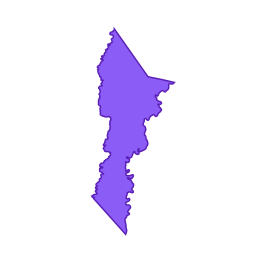 the district of Puerto Leguízamo, Putumayo, Colombia, rotated 66°
{"feature_id": "7082276B4639527364844", "entity_name": "Puerto Leguízamo", "entity_type": "district", "adm_level": 2, "iso_a3": "COL", "parent_name": "Colombia", "parent_adm1": "Putumayo", "projection": "robinson", "projection_center": [-74.996, 0.082], "detail": "fine", "context": "isolated", "style": "filled", "palette": "violet", "viewbox_px": 256, "rotation_deg": 66, "n_neighbors": 0, "source": "geoboundaries", "source_scale": "gbopen_adm2", "svg_char_len": 5947}
<svg xmlns="http://www.w3.org/2000/svg" viewBox="0 0 256 256"><g transform="rotate(66 128 128)"><path d="M224.2,173.4L222.4,171.7L220.8,170.7L219.1,170.5L215.5,169.3L211.1,168.3L210.3,167.9L209.6,167.3L208.9,165.7L207.7,164.7L207.5,163.7L207.6,162.4L207.2,161.7L206.5,161.5L205.1,162.3L204.4,162.3L204.1,162.2L202.1,158.6L201.6,158.0L200.2,157.7L199.0,158.2L198.5,158.8L197.7,160.6L196.9,160.9L196.0,160.8L195.2,160.2L195.0,157.2L194.7,156.1L194.2,155.6L193.5,155.4L192.8,155.6L192.5,157.4L192.1,158.0L191.4,158.2L190.8,157.9L189.6,157.1L187.6,155.2L187.0,155.0L186.8,154.7L186.9,152.4L188.5,151.1L188.9,150.4L188.7,149.2L187.7,148.9L186.5,149.5L185.6,149.7L185.0,149.1L183.9,147.3L183.3,146.7L182.4,146.1L181.2,145.8L180.0,146.3L177.4,146.5L176.2,147.1L175.1,148.2L174.1,148.8L173.7,148.9L173.4,148.6L173.6,147.9L175.3,146.4L175.6,145.8L175.6,145.0L175.2,144.1L174.5,143.1L173.7,142.5L173.0,142.4L172.5,143.0L172.2,145.8L171.3,148.1L170.5,148.8L169.4,148.7L168.8,148.4L168.5,147.7L168.6,145.5L168.2,144.7L167.6,144.1L166.6,144.1L166.3,144.7L166.3,145.4L167.2,146.7L167.0,147.4L166.5,147.6L165.5,147.0L162.6,146.3L160.9,145.0L158.2,144.1L158.0,143.7L159.0,143.0L159.3,142.5L159.5,141.6L159.4,141.0L158.9,140.4L158.2,139.9L157.1,139.4L156.8,139.4L154.9,141.4L154.4,141.4L154.0,141.0L154.0,140.4L154.3,140.1L155.2,139.7L155.7,139.3L156.1,138.3L156.1,136.8L154.4,134.8L152.9,133.5L152.2,132.3L152.1,131.8L152.3,131.5L153.8,131.7L154.6,131.4L155.9,130.3L156.1,128.8L155.9,128.4L154.9,127.9L153.2,128.3L152.6,128.2L151.7,127.5L151.3,126.7L151.5,126.5L151.9,126.5L152.7,127.2L153.2,127.4L154.1,127.0L154.5,126.3L154.7,124.6L154.5,123.2L154.5,121.5L154.1,120.1L152.2,118.3L151.8,117.4L151.1,116.7L149.4,115.9L146.8,115.6L146.1,116.0L145.6,116.0L142.8,115.2L141.8,115.3L141.4,115.6L140.7,115.6L139.0,114.7L137.4,113.0L136.3,112.2L134.4,111.9L133.4,112.0L132.2,112.7L130.8,112.8L130.1,112.4L128.5,110.5L127.1,109.9L126.5,109.1L126.5,108.2L126.9,107.7L128.6,107.2L129.0,106.6L129.1,106.0L128.7,105.3L127.4,104.2L126.8,103.4L126.4,102.3L126.3,100.9L126.0,99.5L126.1,99.2L126.5,98.7L128.1,98.4L128.7,97.9L128.8,97.1L128.6,96.1L126.9,94.3L126.3,92.0L125.8,91.0L125.3,90.3L124.6,89.9L124.3,89.9L123.6,90.3L122.5,90.4L121.4,90.7L120.2,90.7L119.0,91.0L118.6,90.9L118.5,90.5L119.3,89.6L119.5,88.6L119.4,87.8L119.0,87.3L118.0,87.2L117.4,87.5L117.0,87.8L115.5,89.6L114.4,90.2L114.0,90.3L112.7,89.7L112.2,89.7L111.0,90.4L110.5,90.4L109.9,90.1L109.2,89.6L109.1,89.3L109.3,88.9L110.6,88.6L110.8,88.3L110.8,88.0L110.5,87.3L109.6,86.5L108.6,85.1L108.1,83.7L107.7,81.7L108.0,80.9L109.6,80.1L110.1,79.4L110.1,78.8L109.7,78.3L109.0,75.7L108.1,74.6L105.8,73.5L104.8,73.1L104.3,72.6L104.3,71.9L105.4,70.7L105.9,69.2L105.8,68.3L105.2,67.1L97.5,77.4L89.3,88.9L31.8,100.2L32.7,100.7L33.1,101.3L33.8,103.5L33.5,104.6L33.6,105.3L34.4,106.1L35.1,106.3L35.7,106.0L36.4,104.7L36.9,104.2L37.5,104.0L38.5,104.2L39.3,104.7L39.6,105.5L39.7,106.2L40.1,107.1L40.7,107.2L41.5,107.1L43.1,107.6L43.6,108.3L43.6,108.9L43.3,109.4L43.9,110.6L44.2,110.9L45.0,110.9L45.2,111.3L45.0,111.5L43.6,111.3L43.4,111.4L43.3,112.0L43.5,112.4L44.1,112.4L44.6,112.8L46.5,113.2L46.7,113.4L47.2,114.5L47.8,114.9L47.4,115.2L47.2,115.8L47.7,116.8L48.9,116.9L49.3,117.2L49.7,117.6L49.8,118.6L50.0,118.9L51.2,120.0L52.0,120.2L52.2,120.5L52.3,121.2L51.6,122.1L51.7,122.9L52.2,123.0L53.2,122.4L53.6,122.6L53.8,123.1L53.6,124.4L54.1,124.7L54.6,124.6L54.9,124.2L55.0,123.7L55.5,123.1L56.1,123.3L56.8,125.9L58.9,128.2L59.1,128.6L59.0,129.6L59.1,130.0L59.6,130.9L60.0,131.3L60.6,131.2L61.6,130.6L62.1,131.0L62.3,131.9L63.4,132.0L64.5,132.6L65.6,132.7L66.8,132.5L67.0,132.5L67.7,132.7L68.4,132.5L69.3,132.8L69.7,132.6L70.4,132.6L71.0,132.1L73.2,133.2L73.8,132.6L74.1,131.4L74.3,131.3L74.7,132.1L75.4,132.6L75.5,132.9L75.9,133.0L76.2,134.3L76.6,134.6L77.2,134.8L78.3,134.3L78.8,134.4L78.9,135.5L78.3,136.8L79.2,138.4L79.9,138.6L81.2,138.1L82.4,138.4L83.1,138.3L84.2,139.0L84.9,140.3L85.3,140.6L85.7,140.7L87.3,140.6L88.4,141.4L89.0,141.4L89.7,142.8L90.3,143.3L91.5,144.1L93.7,144.9L94.1,145.3L94.8,145.4L95.5,145.2L96.8,144.4L97.4,144.4L99.2,145.9L100.9,146.0L101.1,146.5L101.7,146.7L102.4,146.8L104.4,147.8L104.8,147.8L105.5,147.2L106.4,146.7L107.2,145.7L108.5,144.3L108.8,143.7L109.2,143.1L109.6,141.0L109.9,140.8L110.5,140.0L110.9,140.1L111.8,139.7L112.4,139.8L112.7,140.1L113.2,140.0L113.9,140.8L114.0,141.2L115.2,142.2L116.1,142.4L117.3,143.3L119.0,143.4L120.6,144.5L121.6,144.7L122.3,145.8L122.9,146.3L122.9,146.9L123.1,147.4L123.7,148.0L124.4,148.2L125.9,149.7L127.7,150.4L128.6,150.4L129.5,150.6L129.8,151.5L129.2,152.6L129.5,153.4L130.8,154.2L131.3,154.9L132.0,155.1L132.1,155.5L132.8,156.4L133.1,156.6L133.1,156.9L133.4,157.4L133.8,157.5L134.2,157.3L134.7,155.9L134.9,156.4L135.3,156.4L136.0,158.2L137.0,159.0L137.3,158.9L137.9,158.5L139.6,158.7L139.9,158.3L140.3,158.1L141.0,156.9L141.2,156.1L143.3,154.0L143.6,154.1L143.7,154.6L144.0,154.8L144.6,154.6L145.2,154.7L146.1,155.6L146.1,156.2L146.4,157.3L147.2,157.5L147.5,158.2L147.7,159.3L148.0,159.9L148.0,161.3L148.4,162.3L148.3,162.8L149.8,164.4L149.9,165.2L149.3,166.9L149.6,167.7L150.2,168.7L151.6,169.2L152.3,169.1L152.5,168.8L152.4,168.4L152.7,167.8L153.3,167.2L153.8,167.1L154.0,167.4L154.0,168.2L153.8,168.9L153.3,169.6L153.4,170.1L153.5,170.3L154.2,170.4L154.6,171.0L156.1,171.4L156.7,171.1L157.6,170.3L157.8,169.9L158.9,169.6L160.0,169.1L160.1,169.4L159.4,170.9L159.5,171.6L160.1,172.0L161.5,172.1L162.4,172.6L162.8,173.1L162.8,174.1L163.0,174.8L163.5,175.1L164.4,175.3L165.0,175.7L165.2,177.2L165.6,177.9L166.0,179.5L166.6,180.2L168.0,180.4L168.6,179.7L169.0,180.8L168.9,181.2L168.9,181.5L169.9,182.1L170.5,181.8L170.8,180.9L171.6,181.1L171.7,181.3L171.8,182.7L172.7,183.6L173.2,183.6L173.9,182.8L174.4,183.0L175.3,183.0L175.3,183.5L175.7,183.7L175.3,185.1L175.0,185.6L175.0,186.4L175.4,187.8L175.3,188.4L175.8,188.8L176.2,188.9L176.6,188.6L177.8,187.0L178.1,187.2L178.4,188.1L224.2,173.4Z" fill="#8b5cf6" stroke="#5b21b6" stroke-width="1.5"/></g></svg>